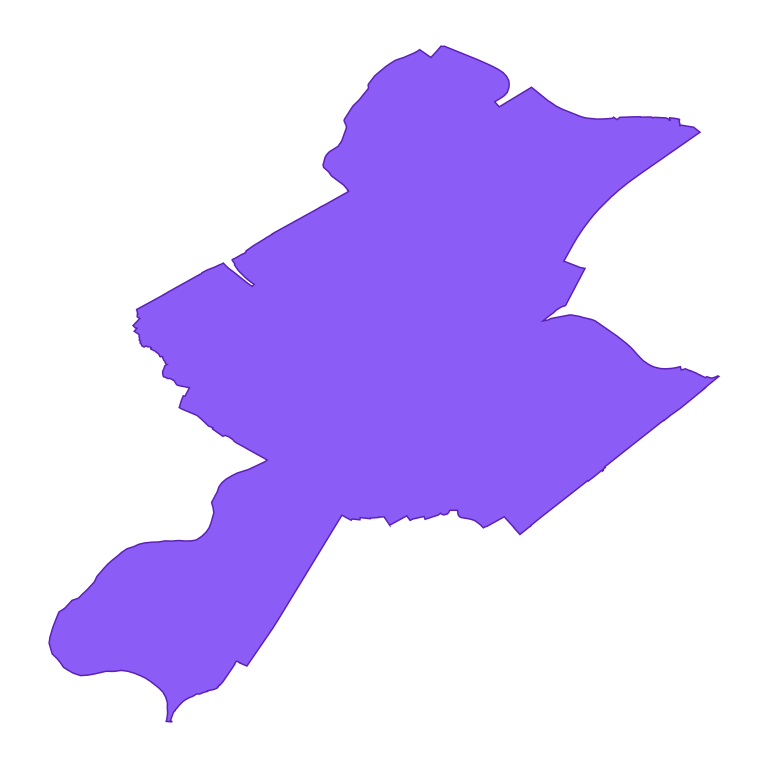 Maasgouw, Limburg, Netherlands
{"feature_id": "6326949B12614711390574", "entity_name": "Maasgouw", "entity_type": "district", "adm_level": 2, "iso_a3": "NLD", "parent_name": "Netherlands", "parent_adm1": "Limburg", "projection": "natural_earth1", "projection_center": [5.882, 51.158], "detail": "fine", "context": "isolated", "style": "filled", "palette": "violet", "viewbox_px": 768, "rotation_deg": 0, "n_neighbors": 0, "source": "geoboundaries", "source_scale": "gbopen_adm2", "svg_char_len": 5993}
<svg xmlns="http://www.w3.org/2000/svg" viewBox="0 0 768 768"><path d="M700.0,132.2L693.6,127.2L680.2,125.0L680.2,125.6L679.8,125.6L679.8,123.5L679.1,121.5L679.6,119.8L679.0,119.1L674.3,118.3L669.7,117.8L669.7,118.9L670.2,120.1L669.5,120.4L668.4,119.0L667.0,118.3L665.7,117.9L655.9,117.4L653.9,117.4L652.8,117.9L651.6,117.0L640.3,117.1L640.3,116.8L636.5,116.8L628.2,117.0L624.1,117.2L623.5,117.4L623.2,117.2L619.9,117.3L616.9,119.6L613.6,117.2L612.5,118.3L604.7,118.9L597.1,119.1L586.8,118.1L583.5,117.4L580.3,116.4L562.7,109.4L556.2,106.2L551.1,102.6L548.4,101.0L531.5,87.3L499.3,106.8L494.7,101.8L501.7,97.5L504.5,95.5L507.3,92.3L508.9,87.6L509.2,84.2L508.8,80.7L506.5,76.3L503.2,72.7L498.6,69.6L493.4,66.8L485.0,62.9L476.5,59.2L444.3,46.2L441.8,46.5L441.1,46.1L435.7,52.3L433.2,55.0L430.8,57.4L419.6,49.6L417.3,51.3L413.7,53.2L403.2,57.7L397.8,59.4L395.2,60.4L390.9,63.1L386.5,66.0L376.8,74.0L374.5,76.1L368.6,83.9L368.1,85.1L368.5,87.3L368.3,88.2L368.1,88.8L358.9,100.2L353.5,105.4L352.2,107.1L344.6,119.0L344.3,119.6L344.1,120.5L344.3,121.4L346.3,125.9L346.4,127.4L346.2,128.4L345.4,130.7L342.1,139.9L341.6,141.1L338.2,146.2L336.9,147.1L330.7,150.9L328.8,152.3L326.4,155.0L325.9,155.8L325.1,157.4L323.4,163.6L323.0,164.7L323.7,167.5L328.6,171.8L331.0,175.3L332.0,176.4L343.5,184.9L347.9,190.0L347.6,190.2L348.5,191.1L348.5,191.5L324.1,205.2L319.5,207.5L319.0,208.0L274.4,232.6L272.0,234.1L272.2,234.3L266.8,237.4L263.8,239.4L253.7,245.5L246.2,250.8L246.2,251.2L245.2,252.7L243.7,253.7L242.2,254.2L235.2,258.2L232.4,259.5L232.1,260.0L234.8,264.0L234.5,264.9L237.3,269.1L238.9,271.2L245.0,277.2L247.1,279.1L251.7,282.7L254.2,284.3L252.2,286.4L247.2,282.9L233.2,271.7L231.0,270.1L228.3,268.1L226.1,266.0L223.3,263.1L220.5,264.6L220.2,264.5L214.5,267.2L207.4,269.9L204.1,271.6L201.9,272.8L201.9,273.1L200.7,274.1L199.1,275.0L199.1,274.8L169.4,291.3L164.4,294.2L164.6,294.2L158.3,297.7L136.6,309.5L137.8,314.0L137.4,314.0L137.2,316.9L139.8,318.5L133.0,325.6L134.2,326.7L135.1,327.8L137.0,328.2L134.2,331.3L137.0,333.1L138.2,334.0L139.3,335.1L139.3,335.4L139.1,336.4L139.1,336.9L139.5,337.8L139.3,340.1L139.5,340.6L140.4,340.9L140.7,341.3L140.7,341.6L140.1,342.5L140.1,343.0L141.2,344.1L141.8,345.7L142.4,346.2L143.9,347.0L144.5,346.9L145.4,346.3L146.2,346.1L146.7,346.1L147.5,346.8L149.9,346.9L150.3,347.0L151.3,348.0L151.2,348.4L150.7,348.8L150.9,349.2L152.6,349.8L154.0,350.7L155.4,351.1L155.8,351.4L156.1,352.2L157.4,352.9L159.2,354.6L159.8,356.4L160.2,356.7L160.6,356.8L162.2,356.5L162.6,356.8L162.9,358.2L163.8,360.3L164.9,361.4L165.4,363.3L166.6,364.3L167.1,364.5L165.5,365.3L164.7,366.0L163.7,369.3L162.9,370.7L162.6,372.6L163.0,375.4L163.4,376.5L164.0,377.0L165.1,377.1L167.4,378.4L168.3,378.6L169.8,378.4L171.2,379.0L172.9,380.1L173.7,380.2L176.7,384.8L178.8,385.6L186.9,387.2L189.4,387.8L185.0,396.2L183.3,395.8L181.5,400.1L179.2,407.5L181.1,408.7L183.6,409.8L197.0,415.4L202.1,419.8L208.6,426.1L213.0,427.7L212.4,428.9L222.9,436.3L225.1,435.4L228.4,436.6L232.9,439.6L233.7,440.8L235.8,442.5L267.2,460.0L265.1,461.6L248.4,469.5L237.1,473.1L232.5,475.4L226.4,478.9L222.1,482.5L219.0,486.7L217.2,491.9L211.6,502.4L213.1,507.8L213.8,512.9L211.0,523.0L209.0,528.0L206.2,532.0L201.8,536.3L196.2,540.0L191.0,540.9L184.9,541.0L178.4,540.5L171.8,541.1L164.9,540.9L158.5,542.0L151.8,542.2L144.8,542.9L139.1,544.2L133.5,546.7L127.2,548.7L122.0,552.1L117.4,556.1L112.7,559.8L108.2,563.7L104.2,568.0L96.9,576.4L94.5,581.7L86.7,590.2L82.4,594.1L78.3,598.3L72.1,600.3L64.7,608.3L59.0,612.0L56.8,617.2L52.9,627.2L49.9,637.4L49.1,643.2L52.2,653.9L56.7,658.2L60.3,662.5L63.6,667.4L68.4,670.4L73.1,673.1L80.6,675.6L88.0,675.1L94.2,674.0L105.9,671.3L114.1,671.4L121.3,670.4L128.0,671.3L134.4,673.2L140.0,675.5L145.3,678.0L150.2,681.2L154.7,684.7L159.1,688.2L162.9,692.1L165.7,697.1L167.4,702.7L167.3,708.0L167.6,713.2L166.9,718.7L166.2,721.4L171.6,721.9L171.8,721.4L171.6,721.2L170.7,720.9L170.4,720.7L173.3,712.7L174.5,711.0L174.8,711.0L175.4,710.2L175.6,709.5L177.2,707.9L177.4,707.5L178.9,705.6L182.5,701.9L185.0,700.0L187.9,698.4L191.2,696.8L191.9,696.8L192.6,696.4L192.9,696.1L194.3,695.5L195.9,694.3L196.9,693.9L199.3,694.1L200.4,693.8L203.3,692.5L207.7,691.3L207.5,690.7L213.4,689.6L216.8,688.3L218.2,686.9L217.9,686.6L218.6,686.0L219.4,684.9L219.8,685.2L222.6,682.2L234.2,665.2L234.7,664.4L235.4,662.4L236.5,661.3L238.0,661.7L239.8,662.6L239.6,662.9L246.9,666.0L272.8,628.2L278.9,618.5L341.9,515.2L351.1,520.2L352.3,519.0L359.9,519.8L360.2,517.6L370.2,518.7L370.3,518.1L378.2,517.5L378.2,517.3L384.0,516.8L389.8,525.3L389.8,525.1L406.9,515.8L407.3,516.6L410.1,520.4L412.9,519.0L424.0,516.5L425.1,519.3L438.3,515.0L440.4,513.2L441.2,513.9L442.3,514.5L444.1,514.9L447.3,514.0L448.5,512.7L449.9,510.3L457.5,510.3L458.0,514.0L458.6,515.6L459.7,516.8L461.0,517.5L462.2,517.7L469.8,519.0L472.2,519.7L474.2,520.4L475.7,521.2L478.7,523.4L480.9,525.3L483.3,527.8L485.3,526.8L487.2,526.2L504.2,516.8L514.1,527.6L513.9,527.7L519.9,534.5L530.4,526.1L530.5,526.3L531.0,525.9L531.0,525.3L540.9,517.3L587.6,480.7L588.1,481.2L594.4,476.4L602.1,470.1L602.5,471.1L603.4,470.3L603.1,469.4L605.2,467.6L604.5,467.1L604.8,466.8L620.0,454.7L663.6,420.3L663.8,420.7L670.5,415.3L680.3,408.3L704.7,388.4L704.3,388.4L708.5,384.8L718.9,376.4L717.6,375.9L717.0,376.4L716.1,376.7L713.1,377.8L711.4,378.1L706.6,376.7L705.5,377.7L695.9,373.1L696.0,373.0L690.2,370.6L690.1,370.8L685.5,368.8L681.2,369.9L680.4,366.7L674.3,368.0L670.6,368.5L664.8,368.8L660.1,368.5L654.0,367.0L650.9,365.6L647.7,363.8L643.4,360.8L641.9,359.4L638.2,355.6L632.8,349.5L629.9,346.6L626.2,343.3L616.8,335.9L594.9,320.7L591.2,319.4L581.9,317.2L579.5,316.4L570.9,314.9L569.4,315.0L552.1,318.3L550.9,318.5L547.8,320.1L543.0,320.9L550.2,315.1L553.3,312.9L556.1,310.3L557.8,309.1L561.7,306.8L565.5,305.6L585.0,268.4L580.2,267.5L565.3,261.7L563.8,261.3L572.9,244.8L577.6,236.9L583.0,228.8L589.7,219.9L593.5,215.2L599.0,209.0L611.0,197.1L618.3,190.6L626.8,183.7L631.3,180.3L642.2,172.5L700.0,132.2Z" fill="#8b5cf6" stroke="#5b21b6" stroke-width="1.5"/></svg>